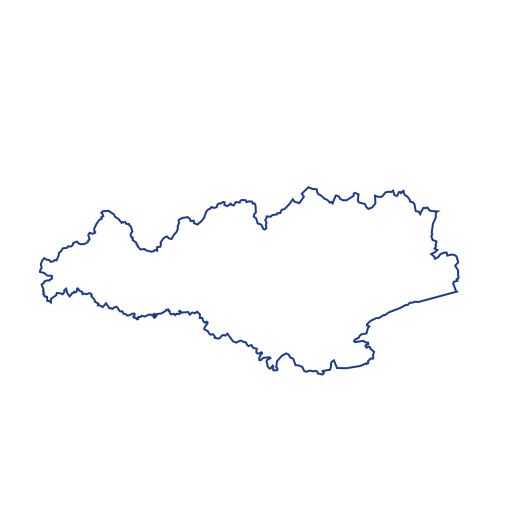 Phouvong, Attapu, Laos (Mercator projection), rotated 198°
{"feature_id": "54806243B34270486399712", "entity_name": "Phouvong", "entity_type": "district", "adm_level": 2, "iso_a3": "LAO", "parent_name": "Laos", "parent_adm1": "Attapu", "projection": "mercator", "projection_center": [107.075, 14.518], "detail": "fine", "context": "isolated", "style": "outline", "palette": "blue", "viewbox_px": 512, "rotation_deg": 198, "n_neighbors": 0, "source": "geoboundaries", "source_scale": "gbopen_adm2", "svg_char_len": 6121}
<svg xmlns="http://www.w3.org/2000/svg" viewBox="0 0 512 512"><g transform="rotate(198 256 256)"><path d="M54.0,284.2L55.1,284.7L60.0,290.8L59.9,292.7L56.8,294.5L56.9,295.6L57.9,296.0L56.9,297.4L56.8,298.7L58.1,300.7L59.2,304.6L63.6,308.3L61.7,312.5L65.2,317.6L67.5,318.2L70.3,317.9L74.2,315.5L75.7,318.1L77.5,317.7L81.2,314.8L82.3,311.4L84.8,308.7L86.1,310.4L90.0,312.0L86.8,315.1L85.3,317.8L88.4,318.2L87.8,320.7L88.6,321.9L88.9,325.6L93.1,325.9L95.4,329.0L95.0,330.9L96.1,332.6L97.7,341.4L96.9,348.0L98.4,353.1L97.2,354.5L103.2,352.9L105.6,353.2L107.7,355.0L108.6,354.8L109.4,353.7L111.2,353.9L112.1,352.7L111.9,351.3L112.7,349.6L112.8,346.6L114.9,348.4L117.9,348.0L121.3,354.2L123.1,355.5L126.3,355.4L127.5,357.4L130.5,359.3L133.3,360.0L135.0,361.7L135.5,363.3L136.2,363.5L137.6,360.6L138.8,361.5L139.7,361.0L140.4,356.7L143.2,356.7L145.8,360.5L147.1,358.7L149.7,358.1L152.5,356.5L154.3,351.8L155.3,350.8L159.3,349.9L161.4,350.1L158.7,342.8L160.6,338.0L163.7,335.5L166.1,336.6L168.5,339.1L174.9,338.8L176.5,340.7L177.5,346.3L181.5,346.6L182.3,345.6L181.8,343.3L187.2,336.9L190.9,335.9L193.8,336.4L195.2,338.0L197.8,338.5L198.9,338.0L199.4,329.7L201.3,330.7L202.2,329.6L205.3,331.3L208.5,331.7L213.5,333.8L215.7,334.0L217.5,335.6L218.9,338.2L223.1,337.2L227.4,337.6L231.7,329.4L228.8,327.2L231.1,319.6L236.1,319.6L238.5,321.3L240.5,315.2L243.4,309.4L245.9,307.8L246.2,304.3L248.8,303.4L249.1,301.9L253.1,300.0L254.1,298.0L258.1,296.9L257.7,295.3L258.3,292.9L256.4,291.2L256.1,288.2L254.7,285.6L256.0,283.8L257.2,283.9L260.9,287.6L264.5,287.5L267.6,291.9L270.3,292.7L270.7,294.8L269.6,297.3L271.5,302.5L272.6,304.8L273.8,305.6L275.1,304.8L276.7,306.5L279.8,305.7L281.7,304.3L283.0,305.9L287.0,304.8L287.9,303.6L288.0,301.8L291.9,301.0L292.9,297.1L295.5,297.2L296.3,298.0L298.6,294.6L301.8,294.7L302.4,297.3L303.9,297.3L305.7,295.1L307.8,294.3L308.5,293.2L308.5,290.2L311.0,288.7L313.5,288.8L314.5,286.3L315.7,285.7L317.0,282.8L317.2,276.2L319.2,271.0L320.6,269.7L320.8,268.3L321.9,267.8L325.2,268.1L326.1,270.3L329.0,269.0L330.1,270.6L332.8,271.9L337.5,269.6L340.4,266.8L340.6,265.7L339.4,263.7L339.6,259.5L338.8,258.5L339.0,254.2L340.6,250.9L341.5,246.1L344.1,245.8L346.7,247.1L347.8,246.2L349.6,244.0L350.9,239.4L350.1,238.0L349.8,235.3L352.8,233.8L351.7,230.5L353.7,230.7L355.0,228.7L356.8,227.8L362.5,227.4L364.1,228.2L367.9,226.5L371.8,228.8L372.3,230.2L373.3,230.3L374.1,231.8L378.3,233.1L378.9,235.4L379.8,235.1L381.5,236.7L381.9,238.7L381.2,241.2L383.5,244.5L384.8,245.8L385.7,245.7L386.5,247.1L389.4,246.5L390.8,247.9L392.5,246.9L393.6,247.0L394.1,246.0L398.2,248.7L402.3,249.8L403.9,251.6L410.2,253.4L415.7,251.1L416.5,249.3L415.2,248.8L413.5,246.7L415.1,245.0L414.3,243.6L416.1,242.0L417.6,237.5L418.3,232.1L417.6,229.9L416.2,229.1L416.2,228.4L418.4,226.6L421.4,226.7L422.0,224.1L419.5,220.6L419.4,220.0L420.3,219.1L420.2,217.3L423.0,214.3L426.3,213.0L428.5,213.1L430.9,214.4L433.8,211.8L433.7,209.4L435.3,207.6L437.5,207.3L438.5,205.2L442.1,203.6L443.0,200.0L444.4,198.1L443.8,195.7L444.3,190.3L446.0,190.1L447.4,188.1L449.4,187.0L451.2,188.2L453.8,187.8L456.8,188.5L458.0,185.3L458.0,181.6L456.2,178.3L456.9,175.8L456.5,174.1L452.3,174.4L448.5,172.9L444.0,174.0L443.0,171.6L444.7,169.9L444.8,168.9L447.4,168.1L449.4,166.4L449.3,165.2L451.1,162.6L447.8,158.7L447.8,156.9L446.6,156.2L446.6,154.0L445.4,153.7L444.6,152.2L442.2,152.6L440.6,148.8L438.5,149.3L436.8,148.5L437.7,152.1L434.0,156.8L434.0,159.2L430.2,160.2L428.1,159.8L427.1,162.4L427.8,164.2L426.5,166.2L423.7,162.0L420.7,160.0L419.2,164.1L417.9,164.8L417.7,165.9L416.5,165.8L415.5,166.8L416.0,169.7L415.6,170.1L412.4,168.2L410.2,168.2L409.2,166.1L407.5,167.2L405.0,167.4L403.2,169.2L401.2,169.1L400.1,168.2L400.3,167.1L396.0,164.4L395.2,162.8L391.2,162.0L391.2,160.2L389.3,160.8L386.0,160.0L384.0,164.7L379.2,161.0L378.2,161.5L376.2,161.3L374.9,163.4L373.0,164.6L371.0,163.7L370.3,162.6L368.1,161.3L366.0,162.1L364.3,160.2L361.2,160.3L360.1,159.6L358.5,160.2L355.6,163.1L353.7,163.6L353.2,162.3L354.0,160.4L353.1,159.6L351.6,160.1L349.5,159.0L348.6,159.7L349.2,160.9L348.9,161.8L347.0,162.3L346.2,163.9L343.1,164.0L339.9,167.0L338.1,167.8L337.0,167.4L334.8,169.5L334.2,168.7L334.8,166.5L333.5,165.8L332.2,168.2L332.5,170.2L328.5,171.9L325.2,175.5L324.8,177.1L323.0,178.0L322.3,176.7L321.2,177.1L320.6,175.5L319.1,174.2L316.0,175.7L314.5,174.8L313.6,176.6L311.5,176.9L309.9,178.5L311.9,179.6L311.7,180.3L309.0,179.3L303.2,181.7L300.9,179.8L299.4,182.3L298.1,182.8L296.4,182.6L294.7,184.9L291.3,183.1L290.2,179.6L288.1,180.5L286.2,178.0L284.0,176.7L282.9,178.2L281.8,178.2L281.3,177.3L282.8,171.9L282.6,170.3L278.5,169.6L276.2,167.5L274.7,167.2L272.7,168.4L270.3,166.7L270.0,165.4L266.3,165.8L265.1,166.7L263.8,169.8L262.4,170.8L260.6,170.8L259.2,173.3L251.5,167.7L248.1,167.5L245.3,170.2L243.8,170.9L240.8,170.4L239.0,170.8L236.9,168.7L235.2,168.0L232.9,169.9L230.3,167.8L226.6,168.0L226.0,164.6L225.1,163.8L223.0,164.1L221.2,166.1L220.5,165.9L220.1,165.2L221.0,163.8L221.5,159.8L220.4,157.9L219.1,158.6L217.7,161.3L212.3,163.8L211.1,163.7L210.7,163.3L213.3,160.5L213.5,159.3L210.7,154.5L208.4,153.1L207.4,153.5L206.2,156.8L205.4,156.3L205.7,155.2L204.1,152.7L200.8,153.7L200.4,154.7L201.2,155.9L202.3,156.2L203.5,162.4L200.6,169.0L197.2,172.7L194.3,172.3L192.2,170.1L188.8,169.8L184.7,164.4L182.0,165.1L177.6,164.8L174.7,161.6L172.4,161.4L169.3,163.7L165.8,164.0L163.6,165.3L161.9,164.9L161.0,163.4L156.3,163.8L155.3,165.1L155.6,166.2L157.0,166.7L156.8,167.4L150.5,170.7L150.5,174.1L151.5,177.0L151.2,178.9L149.7,180.8L144.3,174.5L135.6,177.1L122.9,183.6L118.3,187.7L117.5,187.4L117.2,188.4L116.2,188.8L116.9,190.6L115.3,193.9L113.1,194.5L113.1,196.0L114.1,197.9L114.1,201.3L118.7,203.3L119.8,204.8L120.7,204.8L122.5,203.0L124.1,204.1L124.2,204.8L122.1,207.0L122.5,208.2L125.6,207.7L127.6,208.5L135.2,204.7L136.3,205.1L136.2,206.8L133.0,210.1L132.8,212.1L131.5,214.1L127.0,216.5L127.3,221.8L126.5,224.0L129.2,224.5L129.4,225.3L127.0,229.7L122.3,234.2L120.1,234.8L116.5,239.1L115.0,239.7L112.3,243.4L102.5,251.4L98.6,255.5L96.5,256.5L95.2,259.2L92.8,259.9L90.9,261.6L87.4,262.4L54.0,284.2Z" fill="none" stroke="#1e3a8a" stroke-width="2"/></g></svg>